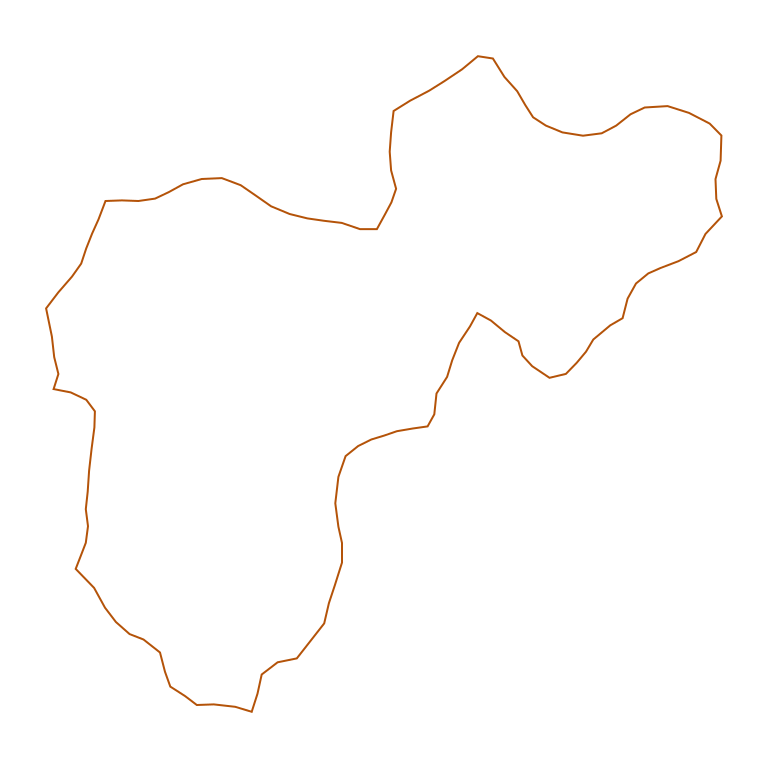 outline of Santa Bárbara do Leste, Minas Gerais, Brazil
{"feature_id": "56859067B68524836295337", "entity_name": "Santa Bárbara do Leste", "entity_type": "district", "adm_level": 2, "iso_a3": "BRA", "parent_name": "Brazil", "parent_adm1": "Minas Gerais", "projection": "orthographic", "projection_center": [-42.102, -19.952], "detail": "fine", "context": "isolated", "style": "outline", "palette": "amber", "viewbox_px": 768, "rotation_deg": 0, "n_neighbors": 0, "source": "geoboundaries", "source_scale": "gbopen_adm2", "svg_char_len": 1679}
<svg xmlns="http://www.w3.org/2000/svg" viewBox="0 0 768 768"><path d="M477.9,56.2L462.2,69.2L444.9,80.8L429.3,90.6L410.1,100.7L393.6,111.0L391.1,132.4L389.7,151.7L391.1,170.4L396.1,188.8L391.4,202.4L384.7,214.9L376.9,229.1L359.9,229.1L341.7,222.9L324.1,220.8L307.4,218.4L289.6,214.0L271.1,206.3L255.8,195.6L240.7,185.2L221.8,178.1L201.7,179.0L183.0,184.3L168.8,192.1L155.1,198.6L138.4,201.0L121.9,200.4L105.5,201.0L98.5,219.4L92.1,233.6L86.2,248.5L81.2,263.6L72.0,276.6L58.3,292.4L46.1,308.4L51.9,336.6L54.2,357.1L58.4,374.0L53.6,389.1L70.7,392.4L86.3,399.8L94.9,411.3L94.4,427.4L91.6,448.7L89.1,470.7L87.7,491.7L85.8,509.2L88.0,526.2L85.8,542.8L80.8,555.8L75.7,568.9L94.1,587.9L105.0,607.7L115.9,622.0L129.6,634.1L143.5,639.5L160.0,652.5L165.0,671.8L170.3,686.6L185.1,696.1L196.8,705.0L213.8,704.4L235.2,706.8L251.7,711.8L257.5,693.7L261.7,674.5L277.6,662.3L296.8,658.4L309.1,642.7L324.2,623.4L328.9,603.2L334.8,585.4L342.0,562.6L342.0,543.0L338.4,526.7L335.3,503.3L338.4,476.9L345.6,456.1L358.2,446.0L371.3,439.5L384.1,435.6L396.9,431.2L412.8,428.5L427.6,426.4L434.3,414.3L436.5,393.5L447.1,376.9L452.2,360.3L459.1,342.8L470.0,326.4L477.3,313.1L490.9,320.5L504.9,332.1L518.5,341.3L522.4,355.5L532.2,366.2L549.5,377.8L565.9,373.9L576.8,362.7L586.0,351.7L593.3,339.5L610.3,325.3L622.6,318.2L627.6,298.6L636.0,283.5L648.3,273.4L660.5,268.0L678.4,261.2L696.2,252.0L705.5,233.9L721.9,216.4L716.3,198.9L715.5,179.1L720.6,160.7L721.4,135.5L709.7,123.6L689.0,112.9L667.6,106.1L644.7,107.5L630.5,114.3L616.2,125.6L601.7,133.3L583.0,135.7L562.4,132.4L545.9,125.6L533.1,117.3L525.3,105.1L517.2,91.2L504.4,76.9L492.9,58.5L477.9,56.2Z" fill="none" stroke="#b45309" stroke-width="2"/></svg>